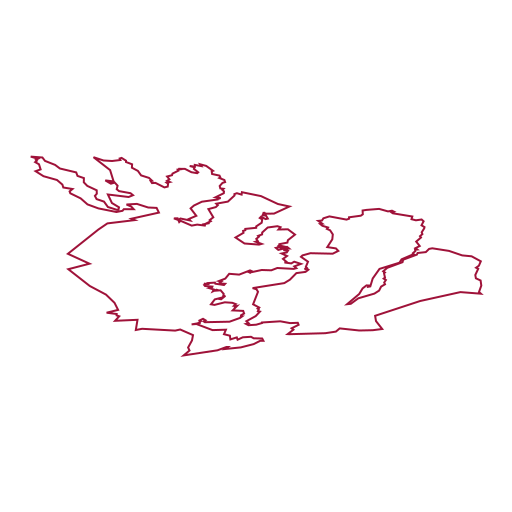 the district of Lenvik nor, Troms, Norway
{"feature_id": "86288312B95435650072468", "entity_name": "Lenvik nor", "entity_type": "district", "adm_level": 2, "iso_a3": "NOR", "parent_name": "Norway", "parent_adm1": "Troms", "projection": "equal_earth", "projection_center": [17.855, 69.38], "detail": "fine", "context": "isolated", "style": "outline", "palette": "rose", "viewbox_px": 512, "rotation_deg": 0, "n_neighbors": 0, "source": "geoboundaries", "source_scale": "gbopen_adm2", "svg_char_len": 6091}
<svg xmlns="http://www.w3.org/2000/svg" viewBox="0 0 512 512"><path d="M183.7,355.4L217.5,350.3L226.4,347.0L227.9,347.0L225.1,349.0L240.8,347.4L253.7,344.1L260.2,340.8L263.4,340.8L262.2,338.5L253.7,338.3L251.0,336.8L242.8,337.3L237.6,339.7L236.8,337.4L230.4,339.4L229.9,335.7L224.0,334.2L225.9,329.7L212.5,330.1L196.4,324.0L191.6,324.4L200.7,322.8L198.8,322.6L200.8,321.2L199.7,320.4L203.0,318.8L205.5,320.3L203.7,321.4L204.9,322.2L229.5,321.7L240.1,317.9L242.0,316.5L240.8,316.5L241.1,315.2L244.1,313.5L243.2,310.9L232.7,310.4L237.0,306.0L233.7,306.8L235.9,305.7L234.1,305.7L235.8,304.1L232.3,302.8L224.8,302.3L214.5,304.9L211.0,304.3L214.8,299.4L220.6,297.9L219.5,299.0L221.1,299.3L225.4,295.8L223.1,296.4L223.7,293.9L220.6,290.3L216.7,290.6L217.5,290.0L216.5,289.7L212.8,291.4L213.8,289.5L209.1,288.1L210.6,287.6L209.5,286.9L211.4,287.1L212.3,286.9L212.4,286.6L205.0,286.0L204.2,285.0L205.9,284.1L204.5,283.9L203.9,283.6L208.1,284.1L209.4,283.8L207.4,283.3L207.4,283.1L214.9,282.6L215.3,283.7L224.0,285.0L225.1,283.8L220.3,283.5L219.7,282.6L221.3,281.5L219.0,281.0L225.3,278.6L229.2,273.8L239.2,274.6L250.0,270.4L251.4,271.0L249.9,272.3L250.0,272.7L250.5,272.8L250.9,272.8L250.0,272.5L261.7,270.0L271.3,270.3L277.3,268.0L293.7,268.9L296.3,268.2L294.3,266.4L300.9,263.9L294.2,261.7L291.3,263.4L284.5,262.5L286.6,261.9L283.0,258.9L287.0,256.0L281.7,253.5L286.8,252.4L288.0,250.6L283.4,250.1L286.3,249.1L285.3,248.2L278.3,249.9L275.9,247.9L278.6,247.2L277.6,246.1L280.8,247.7L288.8,248.3L287.1,246.9L283.0,247.3L284.0,246.5L278.9,245.4L279.7,244.6L278.6,244.3L287.4,242.6L287.9,240.2L295.0,234.6L287.9,229.3L278.5,229.5L280.5,227.2L277.4,226.2L267.7,227.5L262.2,232.5L262.1,234.4L258.1,235.9L258.9,236.7L256.3,238.9L257.9,241.2L257.4,241.5L256.8,241.3L255.6,241.7L261.6,243.9L259.0,244.6L244.5,243.5L235.5,237.5L243.5,232.8L243.1,230.9L245.3,230.2L245.3,228.9L256.2,227.8L256.2,226.4L261.7,222.7L262.2,219.4L259.8,218.0L261.1,216.7L265.6,219.1L267.8,218.6L266.0,215.6L262.6,215.2L263.3,213.6L264.6,213.0L263.3,213.1L262.7,212.9L264.6,212.8L265.2,213.7L274.0,213.6L289.4,206.5L277.9,204.0L261.0,196.1L241.9,192.2L241.6,194.6L236.9,193.2L234.4,194.1L234.5,195.5L227.9,201.6L216.3,203.7L217.8,205.2L215.8,207.1L208.4,209.1L213.3,217.3L209.7,220.1L210.8,221.2L207.9,222.6L209.5,223.1L202.0,224.6L204.7,224.5L203.7,224.9L205.7,225.7L197.2,224.6L191.7,225.6L180.6,220.8L179.2,222.1L178.3,220.0L173.9,218.4L177.6,218.3L178.3,219.9L180.4,218.5L190.2,220.5L188.8,219.0L196.3,215.8L190.6,208.4L194.0,205.5L201.9,201.7L217.5,199.5L217.4,198.5L218.6,198.7L219.3,198.6L218.8,198.6L219.9,198.3L219.9,198.0L215.5,197.3L223.8,193.2L224.0,191.4L222.4,189.9L223.5,188.8L220.3,188.4L219.7,186.0L222.5,182.9L225.1,182.1L224.4,180.0L219.3,178.0L220.3,177.3L219.5,175.6L212.1,174.0L211.7,171.3L213.0,170.8L206.2,165.9L200.2,164.3L201.4,166.1L194.8,164.9L194.9,166.6L189.7,166.0L194.5,167.3L193.9,168.9L198.2,172.3L197.2,173.2L191.4,172.2L185.0,168.9L178.3,168.8L179.4,169.4L177.7,169.6L178.3,170.7L172.5,173.6L172.0,175.2L167.1,176.5L169.4,179.3L167.1,180.8L169.8,182.0L166.7,182.7L168.1,183.7L167.7,186.6L164.4,187.4L155.5,182.9L152.0,183.1L150.6,180.9L152.0,180.7L149.0,177.9L141.1,175.4L137.9,170.9L131.9,167.7L132.1,164.3L126.0,162.0L126.0,160.7L121.6,157.9L119.7,158.5L120.4,160.0L112.1,161.0L103.6,160.5L93.5,157.2L110.1,170.1L113.6,181.4L105.3,180.4L110.9,183.7L113.3,183.0L111.0,181.9L113.9,181.7L117.6,185.7L116.7,189.2L119.0,191.1L130.5,193.2L133.0,195.2L128.6,197.0L107.9,194.5L111.9,203.0L119.0,207.3L118.5,209.5L116.8,209.8L107.9,207.0L104.0,201.6L96.6,199.1L94.9,195.9L96.8,193.7L96.7,190.3L87.3,185.9L83.8,182.3L83.9,178.1L77.5,175.9L76.2,172.4L59.9,168.5L55.1,164.9L45.0,160.9L42.4,157.5L30.7,156.6L37.9,158.8L35.9,159.9L36.8,160.8L35.2,162.1L39.0,164.3L40.6,169.4L35.6,171.2L43.5,176.2L57.0,180.0L62.4,184.6L63.3,187.5L72.5,189.0L69.6,191.4L70.3,193.3L80.7,198.4L87.5,204.4L98.4,208.4L116.4,212.0L122.5,210.8L123.8,209.2L133.7,209.2L131.3,206.6L126.5,204.5L136.9,203.9L148.2,207.5L156.6,207.9L158.9,212.6L131.5,218.7L134.8,220.1L107.4,223.4L98.3,229.6L67.9,253.8L89.5,263.7L68.3,269.2L89.8,286.0L106.0,294.6L114.5,302.8L118.1,309.9L106.6,312.7L116.7,314.0L116.6,315.4L119.2,316.3L115.1,320.8L137.5,319.8L135.8,330.0L142.1,328.8L175.2,330.6L180.2,329.5L193.0,335.1L192.0,340.4L188.1,347.5L189.5,350.5L183.7,355.4ZM480.9,293.7L479.0,292.0L481.3,285.6L480.6,280.5L475.9,278.3L475.3,275.0L478.2,268.8L476.1,267.7L478.9,265.7L480.8,261.3L471.6,256.3L462.2,255.4L449.0,250.9L432.3,248.3L429.1,248.9L425.8,252.1L417.6,253.0L416.9,254.6L403.2,259.7L402.5,262.2L387.3,267.8L383.2,271.3L384.9,272.5L384.0,273.2L385.0,277.6L383.7,278.6L385.9,280.0L384.2,282.5L385.0,284.3L381.1,286.6L379.1,290.6L374.4,293.6L358.3,298.3L350.8,303.8L347.1,304.2L359.2,294.0L362.6,288.4L366.5,285.4L368.5,285.5L368.1,286.8L370.3,286.4L372.7,278.5L379.5,268.9L399.4,262.7L401.6,259.3L413.7,254.1L412.9,253.2L415.3,251.1L415.1,249.7L417.2,249.5L415.4,248.2L419.7,246.0L416.2,241.6L421.0,237.5L420.0,236.2L422.4,234.1L421.7,232.3L424.2,228.4L424.5,227.1L421.5,225.3L423.6,221.3L421.6,219.5L415.9,220.3L411.5,219.2L412.3,216.5L392.8,213.3L391.4,212.3L393.8,211.6L392.0,210.7L388.0,211.4L379.1,208.9L366.5,209.9L362.6,210.5L362.8,214.3L360.8,215.7L349.0,217.3L349.1,218.7L346.5,219.6L329.4,216.4L323.4,218.3L322.0,220.5L318.3,220.9L322.3,223.7L320.2,224.0L322.4,225.8L328.0,227.5L326.9,228.9L330.1,230.3L332.8,234.4L332.3,239.3L327.3,247.1L335.9,248.4L338.3,250.9L332.7,253.7L310.4,253.2L302.5,255.4L301.0,256.8L308.0,261.7L305.8,266.9L306.7,267.7L304.5,269.4L307.0,268.6L308.4,269.7L305.5,271.9L296.4,273.1L289.9,279.7L284.3,283.1L252.6,288.1L256.5,289.3L258.0,291.8L253.1,304.3L259.1,307.5L257.7,308.6L258.8,309.2L257.9,311.2L259.9,311.6L255.7,316.1L246.4,321.2L248.6,323.2L246.0,323.9L248.5,325.2L256.2,324.7L262.8,322.8L261.1,322.6L261.8,322.5L280.3,321.3L290.1,323.1L297.8,322.8L298.6,324.8L291.6,328.3L293.4,329.7L287.7,334.1L289.3,334.2L325.3,333.2L335.9,331.6L339.7,328.4L359.3,330.5L372.8,330.2L382.2,329.0L376.0,321.1L375.1,315.8L420.2,301.0L460.4,292.1L480.9,293.7Z" fill="none" stroke="#9f1239" stroke-width="2"/></svg>